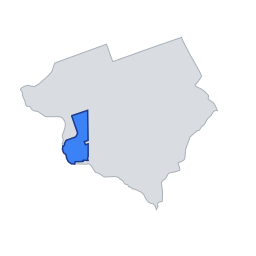 Southern on a map of Botswana (orthographic projection), rotated 72°
{"feature_id": "BWA-2649", "entity_name": "Southern", "entity_type": "District", "adm_level": 1, "iso_a3": "BWA", "parent_name": "Botswana", "parent_adm1": "", "projection": "orthographic", "projection_center": [24.884, -24.914], "detail": "fine", "context": "in_parent", "style": "filled", "palette": "blue", "viewbox_px": 256, "rotation_deg": 72, "n_neighbors": 0, "source": "natural_earth", "source_scale": "10m", "svg_char_len": 3535}
<svg xmlns="http://www.w3.org/2000/svg" viewBox="0 0 256 256"><g transform="rotate(72 128 128)"><path d="M139.1,37.7L138.7,38.7L138.4,40.1L138.7,41.2L139.5,42.6L140.6,43.9L141.4,44.6L142.4,46.4L143.4,48.7L144.7,50.5L148.5,54.7L148.9,56.1L149.4,57.6L151.8,60.4L152.2,61.3L152.0,63.2L154.4,68.9L156.0,72.3L157.4,72.9L161.7,76.5L165.5,79.4L169.9,81.4L173.2,82.7L174.8,83.7L175.6,84.6L176.2,86.3L176.5,89.3L176.6,91.2L180.1,91.2L183.0,91.4L184.0,91.8L184.3,92.4L184.2,93.6L184.2,95.5L184.3,97.0L184.0,98.7L183.8,100.6L183.6,102.9L184.0,103.9L186.8,106.9L187.9,108.9L189.1,111.8L189.8,112.8L190.4,113.2L192.9,113.6L199.3,114.9L203.2,116.2L206.4,117.4L207.7,117.8L208.3,118.1L208.5,118.4L208.1,120.9L208.2,121.7L208.5,122.5L209.0,123.1L209.7,123.5L212.0,123.8L213.4,125.4L214.3,126.2L210.0,126.4L207.8,127.6L206.5,129.9L204.5,131.6L201.9,132.6L199.1,133.2L196.1,133.6L192.9,135.5L189.5,139.0L187.7,141.2L187.7,142.1L186.9,142.9L185.5,143.5L184.6,144.3L184.4,145.3L183.7,145.7L182.3,145.6L181.4,146.3L180.8,147.7L179.6,148.6L177.8,148.9L176.2,149.6L174.9,150.9L173.9,151.6L173.2,151.6L172.0,152.6L170.2,155.1L169.9,156.3L167.3,165.7L166.0,166.8L163.3,168.7L161.2,171.0L160.3,172.4L159.3,173.0L154.5,174.1L152.7,174.7L150.5,175.6L150.0,176.4L149.4,179.3L147.9,183.5L146.7,186.6L145.9,189.3L144.5,192.6L143.3,193.7L142.0,194.8L140.2,195.3L137.9,195.6L135.7,195.5L134.0,195.5L131.7,196.7L129.5,196.8L126.1,196.1L123.3,195.5L122.1,195.3L119.6,193.2L118.0,193.2L115.6,193.0L114.2,192.5L113.0,191.4L110.2,189.3L107.5,187.5L105.1,186.5L102.9,186.0L100.8,186.5L99.2,187.0L98.5,187.2L97.3,188.1L96.0,189.9L95.0,192.6L94.6,194.3L93.4,197.9L91.9,202.2L91.2,203.4L90.3,204.3L89.0,205.1L84.5,208.6L82.4,212.4L81.0,213.6L79.3,214.1L77.8,214.5L77.0,215.1L76.2,217.1L75.5,217.8L74.6,218.1L72.0,217.9L71.2,217.7L64.4,218.3L62.3,217.7L60.9,217.5L58.6,218.4L57.6,217.9L56.8,216.3L56.3,213.1L56.3,210.4L57.5,208.3L58.5,206.8L59.5,204.8L59.6,203.9L59.3,203.1L59.1,201.5L58.9,199.8L57.3,196.3L55.4,191.5L52.8,186.2L51.9,184.8L50.3,182.5L44.5,178.3L43.6,177.7L43.6,177.2L43.4,172.9L43.2,167.2L43.0,161.5L42.8,155.8L42.6,150.2L42.4,144.5L42.2,138.8L42.0,133.1L41.8,127.4L41.7,122.6L45.9,122.4L51.0,122.3L57.2,122.1L59.9,122.0L60.1,121.2L60.0,117.7L59.8,109.6L59.6,101.5L59.3,93.5L59.1,85.4L58.9,77.3L58.7,69.2L58.6,61.2L58.4,53.1L58.3,49.1L63.1,48.8L68.7,47.8L77.8,46.3L86.2,44.5L91.7,43.4L98.3,42.2L100.5,42.0L101.1,42.1L102.0,42.5L105.1,46.5L107.0,49.5L107.4,50.8L107.8,51.0L108.7,50.8L109.7,50.3L112.7,47.2L113.4,46.4L115.3,44.9L117.7,43.4L119.9,42.3L122.0,41.4L123.0,41.6L124.2,42.4L125.3,42.8L130.2,39.1L132.4,38.3L138.2,37.6L139.1,37.7Z" fill="#d9dde1" stroke="#a8b0b8" stroke-width="1"/><path d="M145.8,189.8L145.0,191.7L144.6,192.9L142.2,194.7L141.0,195.3L137.2,195.7L136.5,195.6L135.7,195.3L135.0,195.2L134.3,195.3L133.5,195.7L132.4,196.5L132.0,196.7L131.0,197.0L130.4,197.0L129.9,196.9L129.4,196.8L128.0,196.9L127.4,196.8L126.5,196.1L125.1,195.6L124.9,193.9L124.4,193.5L123.5,193.5L123.3,193.4L121.2,191.3L120.6,190.5L120.3,181.1L120.2,180.7L120.0,180.3L119.8,180.0L117.7,177.8L117.4,177.6L117.1,177.5L116.8,177.5L99.5,177.8L99.3,177.8L99.0,177.7L98.9,177.5L98.9,177.3L98.7,160.9L127.5,169.8L127.5,173.8L130.8,173.6L130.7,170.8L142.5,174.6L144.6,175.9L144.9,175.9L146.5,176.0L146.1,177.4L145.9,177.6L145.7,177.9L145.5,178.1L145.5,178.3L145.4,178.9L144.8,180.6L145.0,180.7L145.5,180.7L145.8,180.7L145.9,180.8L145.9,181.1L145.9,181.3L143.8,188.6L143.8,188.8L143.9,189.0L145.8,189.8L145.8,189.8Z" fill="#3b82f6" stroke="#1e3a8a" stroke-width="1.5"/></g></svg>